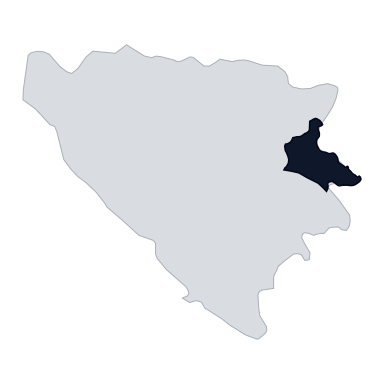 Vlasenica on a map of Bosnia and Herzegovina (Robinson projection)
{"feature_id": "BIH-4805", "entity_name": "Vlasenica", "entity_type": "state/province", "adm_level": 1, "iso_a3": "BIH", "parent_name": "Bosnia and Herzegovina", "parent_adm1": "", "projection": "robinson", "projection_center": [19.204, 44.258], "detail": "fine", "context": "in_parent", "style": "filled", "palette": "ink", "viewbox_px": 384, "rotation_deg": 0, "n_neighbors": 0, "source": "natural_earth", "source_scale": "10m", "svg_char_len": 3143}
<svg xmlns="http://www.w3.org/2000/svg" viewBox="0 0 384 384"><path d="M337.3,87.3L338.0,89.8L336.1,98.2L332.4,107.3L326.4,116.8L320.1,125.7L318.5,130.4L318.0,137.9L317.3,143.9L318.1,147.1L320.2,150.1L327.1,152.5L336.5,158.4L344.5,166.2L354.7,174.9L357.9,178.2L357.9,181.7L354.9,184.3L346.2,185.3L337.1,184.5L333.6,183.6L330.3,184.7L328.3,186.7L329.4,189.1L338.7,199.8L349.6,215.1L350.2,221.7L348.9,226.9L346.4,230.4L341.8,229.8L338.4,227.0L333.2,227.2L329.1,228.0L323.9,233.6L321.2,233.3L316.7,234.2L313.9,235.3L309.3,233.6L304.6,232.6L302.5,234.3L301.6,237.5L304.5,243.4L310.0,252.7L309.2,259.7L304.9,260.5L301.1,254.6L297.7,253.7L293.8,253.9L284.8,260.7L278.2,266.4L276.7,270.4L274.3,274.8L273.6,277.9L273.7,288.4L261.8,290.1L259.3,291.7L257.9,294.9L258.8,308.4L259.8,315.6L266.5,326.8L266.8,330.3L265.8,332.7L261.0,337.1L258.6,338.7L257.1,339.2L249.2,336.3L245.5,334.9L229.6,325.0L222.7,319.5L211.7,312.3L204.9,308.2L201.4,302.0L196.0,300.6L189.6,302.6L182.4,298.1L187.6,295.8L188.8,293.6L188.2,290.7L186.0,286.8L166.6,269.8L157.1,258.3L155.6,254.1L155.5,243.1L153.3,240.4L139.0,235.4L123.2,221.0L106.8,206.9L104.6,203.0L96.2,192.3L86.0,182.6L77.8,176.5L71.1,169.4L63.8,159.6L60.1,144.7L56.8,131.5L54.6,126.4L49.9,124.6L35.4,108.9L23.0,99.8L23.3,90.0L25.6,73.6L28.2,55.2L31.3,52.7L37.0,51.3L43.5,51.8L49.1,54.1L60.1,66.7L66.4,71.6L71.8,73.5L78.1,68.2L86.0,57.1L92.8,51.2L115.3,53.3L126.5,44.8L144.3,56.0L151.7,57.7L155.9,56.1L161.5,56.8L174.1,60.1L177.0,61.5L180.8,61.3L190.1,56.9L193.3,57.4L203.9,66.0L209.2,66.1L215.7,62.4L219.9,59.2L232.1,61.6L239.1,60.2L244.9,60.0L251.2,61.5L257.0,63.5L262.6,65.2L277.7,66.1L284.9,71.6L287.8,76.9L287.9,80.1L288.6,83.6L292.8,87.1L301.9,89.0L307.6,88.6L310.6,88.4L318.4,85.3L327.6,83.7L334.2,85.5L337.3,87.3Z" fill="#d9dde1" stroke="#a8b0b8" stroke-width="1"/><path d="M322.6,124.5L322.0,125.3L321.3,125.8L318.3,126.7L318.0,128.4L319.4,133.2L319.3,136.2L318.2,137.8L317.0,139.1L316.3,141.4L316.4,143.5L317.1,145.6L319.0,149.4L320.6,151.1L322.4,151.8L326.1,152.5L327.9,153.3L328.7,153.5L329.9,153.6L332.7,153.0L333.7,153.2L335.2,154.3L336.7,156.2L337.8,158.6L338.0,160.8L338.5,162.2L340.2,163.7L344.0,166.2L344.9,167.1L345.5,167.4L346.1,167.2L347.0,166.4L347.6,166.3L348.3,167.2L348.5,169.1L349.0,169.8L350.4,171.0L352.0,173.0L352.5,173.7L355.3,175.2L356.8,176.7L357.6,177.3L357.9,177.0L358.4,176.4L359.2,176.1L360.3,177.0L361.0,179.0L360.2,180.8L358.7,182.3L355.1,184.7L353.1,185.4L350.9,185.6L346.0,185.1L341.3,185.4L340.0,185.8L338.8,185.8L337.6,185.2L335.4,183.3L333.2,181.9L332.0,181.5L330.7,181.6L328.9,182.1L328.2,182.7L327.7,183.7L327.7,184.5L328.1,185.9L327.9,186.6L326.9,187.5L328.0,188.1L326.5,191.4L322.3,187.0L318.0,183.1L307.4,177.8L298.9,172.9L291.5,171.2L283.9,169.9L285.0,167.8L286.2,166.8L286.4,166.6L288.3,163.3L288.8,159.6L287.9,156.2L286.7,153.2L285.3,150.5L284.7,146.0L285.5,144.1L287.5,143.8L290.1,142.4L291.7,140.4L292.8,137.7L296.7,136.8L300.2,136.6L302.4,135.4L304.9,133.5L306.4,133.0L308.7,131.3L309.4,129.7L309.7,122.3L309.7,121.3L311.1,120.6L313.5,119.1L315.6,118.4L317.0,118.8L319.8,120.5L321.6,122.7L322.6,124.5Z" fill="#0f172a" stroke="#020617" stroke-width="1.5"/></svg>